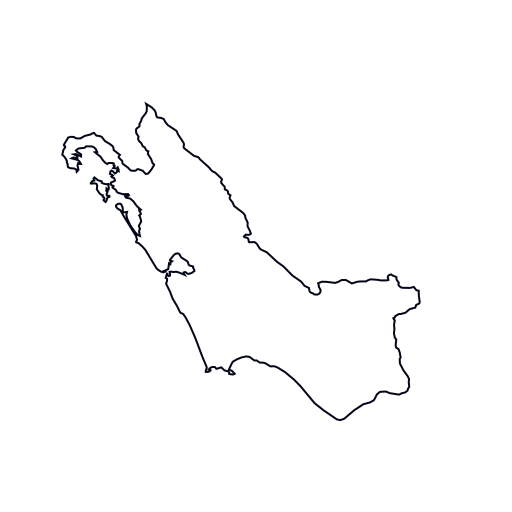 map outline of Rio de Janeiro (Albers equal-area conic projection), rotated 65°
{"feature_id": "BRA-627", "entity_name": "Rio de Janeiro", "entity_type": "State", "adm_level": 1, "iso_a3": "BRA", "parent_name": "Brazil", "parent_adm1": "", "projection": "albers", "projection_center": [-43.333, -22.065], "detail": "fine", "context": "isolated", "style": "outline", "palette": "ink", "viewbox_px": 512, "rotation_deg": 65, "n_neighbors": 0, "source": "natural_earth", "source_scale": "10m", "svg_char_len": 6084}
<svg xmlns="http://www.w3.org/2000/svg" viewBox="0 0 512 512"><g transform="rotate(65 256 256)"><path d="M442.1,175.6L442.7,178.6L442.0,181.9L442.1,184.9L436.8,192.8L433.7,195.6L431.5,201.1L432.6,205.0L436.5,210.0L436.9,214.5L435.7,221.4L437.3,232.2L440.8,245.0L440.3,249.1L438.1,251.9L424.0,260.2L414.1,265.1L392.8,270.7L384.3,273.7L373.6,278.7L366.4,283.4L363.6,286.0L362.2,289.5L357.4,292.7L356.0,294.1L354.1,297.7L351.0,299.5L349.9,301.7L344.7,304.5L342.8,307.5L341.8,312.1L341.6,317.1L342.0,321.5L343.0,323.2L347.5,328.6L349.8,326.4L353.7,325.1L353.7,327.0L351.7,330.1L349.9,329.5L348.7,330.1L346.5,332.8L342.3,334.5L341.5,339.6L339.3,340.2L338.6,341.3L338.0,343.4L338.3,345.6L339.0,346.7L339.9,345.5L340.5,345.5L340.9,347.0L340.8,348.2L339.8,350.5L338.6,349.9L336.8,348.0L335.6,347.6L324.6,347.2L305.4,345.7L290.7,345.3L281.9,345.8L277.7,346.5L275.9,348.2L275.1,348.6L268.1,348.7L259.2,349.6L252.6,349.0L243.2,349.2L240.8,347.1L239.1,346.2L237.6,347.1L233.8,343.6L236.4,344.3L237.4,343.3L237.5,342.4L236.7,341.7L233.9,341.0L234.2,339.7L235.7,337.5L236.5,335.0L238.5,332.7L242.9,328.7L241.2,329.0L240.4,328.6L240.4,327.7L240.9,326.6L242.9,325.7L243.8,324.6L244.2,321.4L243.5,318.1L242.3,317.8L240.0,318.0L239.0,317.4L236.4,320.3L235.3,320.7L232.8,320.3L231.8,320.5L225.6,324.4L221.9,324.7L220.5,325.8L220.0,328.0L220.4,330.1L223.3,335.8L224.0,335.8L225.3,334.3L225.7,336.1L227.2,337.1L225.9,337.9L230.8,341.1L230.7,345.7L231.8,345.0L231.7,346.8L229.9,348.8L227.5,350.4L225.3,351.4L203.7,353.7L199.1,355.1L194.7,357.0L193.0,358.8L192.4,358.7L191.1,357.0L187.2,356.3L163.4,359.1L157.4,359.5L154.2,361.6L152.3,362.0L150.9,361.4L150.4,359.2L151.1,357.1L152.4,356.3L156.0,356.4L159.2,357.8L160.2,357.7L160.7,357.1L161.5,354.2L163.7,356.0L167.2,356.9L174.9,357.0L182.6,355.7L186.8,354.4L188.8,352.7L184.8,351.8L183.1,350.7L182.3,349.6L180.9,349.7L179.1,349.3L176.4,345.7L175.0,345.1L170.8,344.5L169.9,344.7L169.3,342.6L167.9,342.4L166.0,342.7L164.1,342.2L165.4,341.5L165.4,340.8L160.5,342.9L154.4,344.1L150.7,345.8L148.3,349.1L146.5,349.4L147.5,346.3L147.2,345.4L145.8,345.8L143.6,350.7L140.3,354.4L139.1,355.0L136.8,355.1L133.5,357.1L133.1,357.1L132.5,355.6L130.3,357.2L128.7,357.0L128.2,356.5L128.2,352.1L127.4,351.7L125.4,351.7L123.7,353.3L122.9,353.5L122.5,351.7L121.1,352.5L119.9,353.7L117.7,352.1L117.5,350.8L118.8,349.9L121.6,349.1L121.6,348.2L121.1,346.7L120.1,346.0L119.9,345.5L121.1,344.6L119.3,343.9L117.2,343.9L117.8,345.5L115.9,348.2L114.7,346.0L113.3,346.7L112.1,345.8L111.0,346.9L109.4,350.4L109.8,351.9L107.8,353.2L105.0,354.2L100.5,354.9L93.9,358.1L94.5,356.0L91.4,356.0L89.0,356.9L87.3,358.5L84.8,363.6L85.5,365.6L83.8,370.5L83.6,371.7L84.2,374.6L86.0,374.2L88.2,372.6L90.1,371.6L91.9,372.5L87.5,376.1L86.9,378.1L89.1,376.2L90.6,375.9L92.1,376.6L89.8,379.4L89.5,380.5L89.6,381.8L93.2,377.5L94.4,376.5L96.0,376.0L98.6,375.8L97.9,377.1L96.7,378.0L98.4,379.5L102.9,380.5L103.9,382.9L101.7,382.3L100.0,383.6L98.0,387.1L96.1,388.8L94.4,388.5L93.0,387.7L91.5,388.0L90.1,387.3L87.5,387.3L84.7,387.8L82.5,388.8L78.6,385.9L76.8,382.9L75.8,382.7L75.0,383.3L73.9,383.0L69.3,376.2L69.6,373.8L71.1,370.8L73.3,369.4L75.2,365.7L74.8,360.4L75.9,354.8L75.7,351.3L76.0,350.8L79.4,349.8L81.5,346.7L82.8,345.5L88.0,344.3L93.1,340.9L95.5,339.7L97.2,339.4L99.9,340.2L106.9,336.6L107.8,338.4L108.8,338.8L113.3,337.1L115.9,337.9L122.0,334.6L125.1,333.6L126.2,332.6L127.6,329.7L127.7,328.5L127.2,327.0L127.5,326.0L130.9,322.6L134.8,321.4L135.7,319.7L135.2,317.7L133.3,314.1L130.5,309.9L130.1,309.7L128.3,310.5L123.8,310.1L117.7,310.9L115.6,309.3L114.1,310.7L110.3,311.0L108.8,312.2L105.0,312.3L103.2,313.2L101.2,313.5L99.6,313.2L98.2,312.0L94.1,312.6L91.2,311.6L90.1,310.6L89.3,307.1L88.9,306.5L87.2,306.0L85.1,303.1L83.0,301.3L80.1,295.8L78.7,293.9L74.3,291.7L71.7,291.3L77.0,287.8L81.1,286.3L83.5,286.3L87.7,287.2L88.7,286.9L90.8,283.6L92.8,281.8L96.5,281.5L100.1,280.6L108.6,275.4L109.7,275.1L112.5,275.3L123.0,273.8L124.7,274.2L126.3,275.5L127.9,275.6L139.0,269.9L141.9,266.7L142.6,266.3L144.7,265.9L156.0,261.1L159.4,260.3L160.9,259.6L163.4,257.6L171.4,254.5L172.5,254.6L173.9,256.2L175.2,256.6L180.2,255.1L182.4,256.1L184.5,254.4L185.8,254.2L187.8,254.9L190.2,253.5L191.9,255.2L193.2,255.6L197.5,254.6L201.5,254.7L211.1,249.7L213.6,248.9L215.0,248.9L217.0,249.5L222.2,249.4L225.4,251.1L230.4,250.9L233.6,251.2L233.9,252.1L233.7,253.9L232.3,256.2L233.2,258.7L234.3,258.3L235.5,256.6L236.5,255.9L237.7,255.8L240.0,256.5L240.7,256.3L242.8,251.4L245.0,250.2L251.0,249.4L252.6,248.5L257.2,244.6L270.0,239.5L277.1,235.5L289.0,231.3L298.3,225.9L303.6,224.6L307.4,221.5L310.3,222.3L311.4,222.3L312.4,221.7L314.2,220.0L315.4,219.5L316.9,216.8L316.9,214.7L316.0,213.0L314.1,211.8L310.6,212.1L308.8,211.4L306.9,211.2L307.2,207.1L309.1,203.2L313.8,195.7L314.2,192.9L314.0,188.4L315.4,185.3L316.0,184.5L321.4,180.7L322.1,175.3L322.8,173.1L325.5,167.0L325.3,164.4L325.6,161.9L328.9,156.0L331.1,152.8L333.6,147.2L333.7,146.1L331.0,145.6L330.1,145.0L329.6,143.7L329.7,141.5L331.9,140.0L334.3,137.7L336.8,138.6L340.7,137.9L341.8,138.9L342.9,139.1L345.4,138.2L346.7,136.7L349.9,130.2L350.8,126.0L354.2,125.3L355.4,124.5L356.2,123.2L361.3,125.4L366.5,126.9L368.0,128.0L368.1,131.6L370.1,133.4L369.1,139.1L370.6,144.6L369.7,149.5L369.0,150.9L369.3,155.1L370.5,156.4L370.3,157.6L370.6,157.9L373.1,157.5L376.9,160.1L380.3,161.2L384.5,163.7L388.9,164.7L391.0,164.2L395.1,166.7L397.3,167.6L398.5,167.6L400.5,166.2L404.1,166.5L409.0,167.8L410.2,169.4L414.3,171.0L422.0,170.7L429.0,169.3L432.3,169.3L434.9,170.9L439.3,172.4L440.8,174.6L442.1,175.6ZM140.0,365.6L143.2,368.7L143.5,369.5L141.1,370.6L140.6,370.4L140.1,369.1L138.4,369.1L137.5,369.9L136.2,369.2L134.5,370.8L133.3,371.3L128.4,372.1L125.1,370.2L123.5,370.0L122.7,370.5L121.8,371.9L120.7,374.9L120.2,375.0L118.9,372.7L119.3,370.7L117.1,370.6L116.5,369.2L120.6,367.2L123.1,364.3L124.3,364.9L125.6,364.0L127.7,361.5L128.3,359.3L128.9,359.2L129.7,360.0L131.5,360.4L133.6,361.5L133.6,362.1L131.6,362.9L133.6,364.2L135.1,363.4L136.5,365.1L137.8,365.6L138.4,365.3L139.5,363.5L140.5,363.9L140.0,365.6Z" fill="none" stroke="#020617" stroke-width="2"/></g></svg>